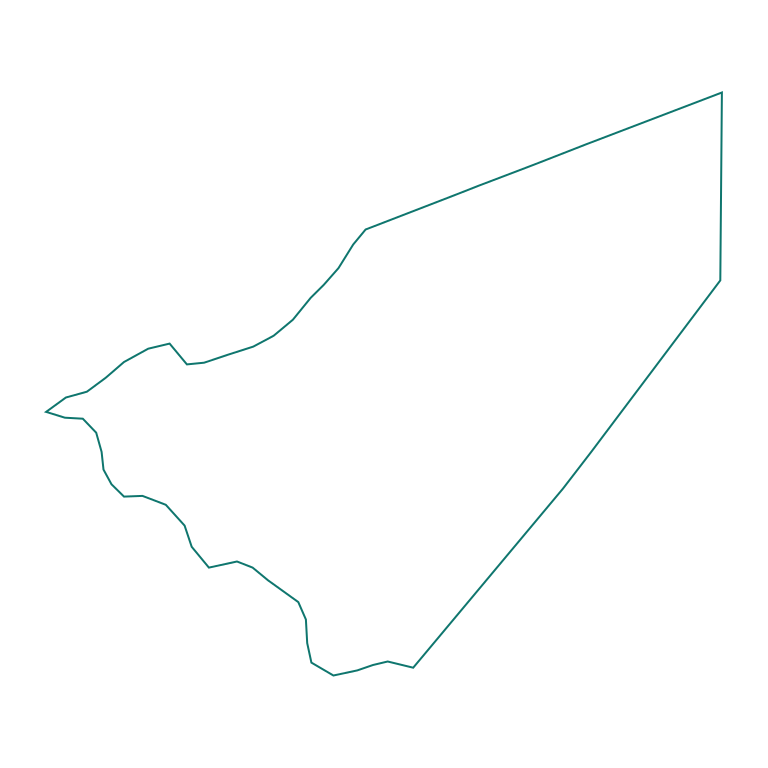 outline of Piúma, Espírito Santo, Brazil, rotated 180°
{"feature_id": "56859067B20948512760895", "entity_name": "Piúma", "entity_type": "district", "adm_level": 2, "iso_a3": "BRA", "parent_name": "Brazil", "parent_adm1": "Espírito Santo", "projection": "mercator", "projection_center": [-40.744, -20.839], "detail": "fine", "context": "isolated", "style": "outline", "palette": "teal", "viewbox_px": 768, "rotation_deg": 180, "n_neighbors": 0, "source": "geoboundaries", "source_scale": "gbopen_adm2", "svg_char_len": 774}
<svg xmlns="http://www.w3.org/2000/svg" viewBox="0 0 768 768"><g transform="rotate(180 384 384)"><path d="M354.8,100.3L205.1,279.3L177.0,315.8L47.7,487.6L46.1,675.5L182.1,623.6L235.4,602.8L289.3,582.3L313.0,573.0L402.4,538.5L414.8,523.5L429.5,499.9L444.2,483.2L457.3,470.2L475.1,448.3L494.3,432.3L514.7,421.4L540.3,413.2L563.9,405.3L581.1,403.6L598.4,424.4L619.8,419.3L644.0,406.0L662.2,390.3L681.1,376.3L702.1,370.5L721.9,356.1L703.1,350.3L685.2,349.3L671.8,335.3L666.4,316.1L664.5,298.4L656.5,283.7L644.0,271.4L625.5,272.1L602.2,263.2L583.4,242.4L576.3,221.2L559.1,200.4L531.0,206.5L515.4,200.4L500.0,187.7L469.7,165.9L462.1,148.5L460.8,124.9L456.6,105.4L434.6,92.5L410.7,97.6L395.0,103.0L380.3,106.5L354.8,100.3Z" fill="none" stroke="#0f766e" stroke-width="2"/></g></svg>